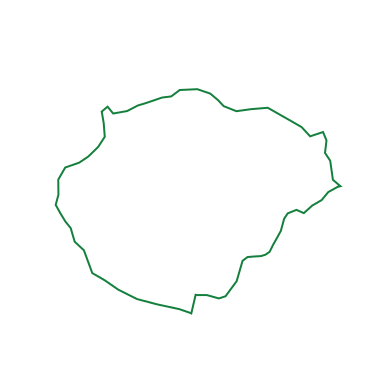 Konia, Paphos, Cyprus (Mercator projection), rotated 304°
{"feature_id": "46923920B68856851559868", "entity_name": "Konia", "entity_type": "district", "adm_level": 2, "iso_a3": "CYP", "parent_name": "Cyprus", "parent_adm1": "Paphos", "projection": "mercator", "projection_center": [32.462, 34.78], "detail": "fine", "context": "isolated", "style": "outline", "palette": "green", "viewbox_px": 384, "rotation_deg": 304, "n_neighbors": 0, "source": "geoboundaries", "source_scale": "gbopen_adm2", "svg_char_len": 1025}
<svg xmlns="http://www.w3.org/2000/svg" viewBox="0 0 384 384"><g transform="rotate(304 192 192)"><path d="M91.0,259.3L108.8,252.5L109.4,253.9L114.8,261.8L118.8,273.8L124.3,278.1L134.0,278.5L143.0,278.9L163.2,272.4L169.1,274.4L172.9,279.1L177.5,285.1L181.2,288.0L185.8,289.8L193.3,288.8L202.9,288.0L209.4,287.4L221.5,283.3L227.8,283.3L235.6,288.6L237.0,296.5L248.1,299.3L257.8,304.0L268.1,305.0L277.8,309.9L279.8,311.8L280.9,302.0L295.2,289.1L298.8,280.4L309.9,274.7L311.0,273.1L315.0,267.1L304.2,258.8L307.1,246.6L305.6,226.1L304.2,207.7L293.5,194.4L283.8,183.6L280.9,170.2L282.7,162.3L283.8,152.2L280.2,138.9L269.7,124.8L259.6,121.3L253.6,114.4L239.6,103.8L233.4,98.7L222.9,93.0L213.0,82.8L215.5,74.3L208.2,72.2L199.7,80.3L189.0,88.8L176.9,89.0L163.4,86.2L153.3,82.1L141.4,73.2L127.5,74.2L115.0,82.8L105.1,86.2L100.5,95.3L96.7,103.6L94.2,111.7L85.2,122.5L83.2,135.0L79.1,140.7L69.0,154.7L70.0,168.9L69.8,185.5L72.5,206.3L79.3,225.8L87.8,247.0L91.0,259.0L91.0,259.3Z" fill="none" stroke="#15803d" stroke-width="2"/></g></svg>